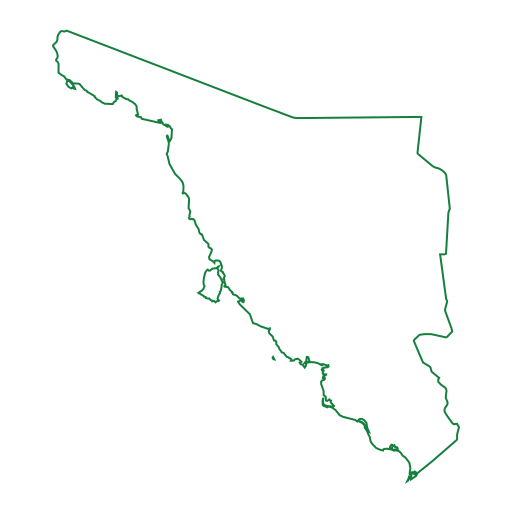 the State of Sonora
{"feature_id": "MEX-2712", "entity_name": "Sonora", "entity_type": "State", "adm_level": 1, "iso_a3": "MEX", "parent_name": "Mexico", "parent_adm1": "", "projection": "albers", "projection_center": [-111.078, 29.368], "detail": "fine", "context": "isolated", "style": "outline", "palette": "green", "viewbox_px": 512, "rotation_deg": 0, "n_neighbors": 0, "source": "natural_earth", "source_scale": "10m", "svg_char_len": 6031}
<svg xmlns="http://www.w3.org/2000/svg" viewBox="0 0 512 512"><path d="M66.8,30.7L266.5,107.5L293.3,117.6L297.0,118.1L421.4,116.9L417.5,152.7L417.7,153.7L432.7,166.2L434.9,167.4L439.2,168.6L442.3,170.5L445.1,173.0L446.2,175.2L449.8,208.6L448.4,212.6L446.0,253.8L444.5,254.3L440.1,254.4L446.1,298.6L447.2,301.4L445.1,309.2L445.2,311.1L451.6,328.6L452.2,331.5L447.0,337.0L446.1,337.4L430.9,334.1L425.0,334.1L420.1,334.7L419.0,335.3L415.6,338.5L414.4,339.6L413.8,340.9L423.0,362.5L429.8,366.6L430.6,367.7L431.3,370.9L432.2,372.2L439.2,377.9L438.2,379.7L438.2,381.7L441.0,384.7L445.2,387.6L445.9,388.5L446.5,390.9L445.7,397.9L447.3,401.4L447.6,403.6L447.0,405.1L444.9,408.1L444.5,409.9L444.6,411.5L446.2,414.5L452.1,422.8L453.6,424.2L457.0,423.8L459.0,427.2L457.1,434.4L457.1,439.0L456.7,440.0L431.8,461.6L417.5,473.1L416.9,474.3L415.7,472.1L414.0,471.1L414.9,472.5L412.2,472.1L410.4,474.2L409.8,474.3L409.6,473.2L410.4,468.2L409.3,462.6L405.4,457.6L402.6,455.6L400.7,452.7L398.7,451.0L395.0,450.2L394.5,449.6L395.2,449.4L398.0,450.3L397.7,449.0L397.2,448.7L397.5,448.1L397.1,447.3L395.1,447.1L394.4,445.3L393.0,446.3L392.6,445.0L391.5,444.7L390.2,446.4L390.0,447.2L392.0,447.8L392.2,448.3L391.9,449.2L393.9,450.1L393.8,450.6L391.5,449.5L386.7,448.7L384.0,449.0L383.1,449.7L383.0,450.4L381.0,450.1L376.3,448.1L372.2,443.9L370.6,441.4L369.6,436.5L368.6,435.0L367.4,431.7L364.7,427.5L365.0,426.7L367.4,430.5L368.8,431.5L367.1,427.5L366.5,423.0L364.3,420.2L362.3,419.1L360.1,418.8L358.8,419.6L357.3,421.5L355.4,420.0L342.9,416.8L339.7,415.2L335.5,410.0L332.6,407.9L331.6,407.3L329.3,406.7L327.9,406.8L327.8,406.1L333.2,406.6L334.0,405.9L331.1,402.8L330.6,401.9L331.0,400.6L330.1,400.3L329.3,399.4L327.4,400.9L326.0,400.6L325.6,396.5L323.7,395.4L323.6,391.0L321.2,384.1L321.1,381.7L321.8,380.6L324.2,379.8L324.9,378.8L324.7,377.7L324.0,377.5L323.1,378.0L322.6,378.8L323.2,376.5L323.5,375.9L325.8,375.2L326.1,374.4L324.0,374.3L322.9,373.8L322.7,372.7L323.5,371.0L322.6,370.9L322.0,370.3L321.8,369.5L322.2,368.6L323.0,369.4L323.3,369.1L323.6,367.7L327.8,367.2L328.6,366.5L328.3,365.1L327.0,365.6L323.3,364.1L321.8,364.2L322.5,365.0L322.2,365.3L321.3,365.1L318.3,363.3L313.8,362.2L309.4,362.2L307.0,362.8L307.0,362.2L309.6,361.3L308.9,359.7L308.4,357.3L307.7,356.9L306.9,356.9L306.6,357.6L306.3,360.8L304.4,363.3L305.4,363.1L305.9,363.4L306.1,364.0L305.9,365.9L304.7,367.6L302.7,364.7L300.9,364.3L299.7,362.8L301.4,361.8L299.0,359.5L297.6,358.7L295.0,359.3L293.8,360.6L290.9,360.7L291.5,359.6L290.9,358.8L290.0,358.3L289.4,358.3L288.5,357.3L286.7,356.8L283.6,352.9L281.7,352.4L280.9,350.9L279.7,349.6L278.6,346.9L276.5,344.6L276.1,341.4L275.5,340.7L274.0,340.5L272.7,336.5L269.9,334.0L269.1,332.8L268.7,331.2L269.7,329.7L269.9,328.4L267.7,328.8L260.6,326.3L256.7,324.2L253.0,323.1L249.8,314.2L239.8,304.4L238.0,301.8L238.3,301.3L239.0,301.3L241.5,300.1L242.6,302.1L243.2,302.3L243.5,302.1L243.9,300.6L243.1,298.5L239.6,298.6L236.9,295.7L233.0,294.3L232.7,292.9L231.8,292.5L232.0,291.8L229.7,289.8L228.3,287.3L224.5,286.6L224.3,286.2L225.5,285.2L224.3,280.9L224.2,279.2L223.4,278.9L224.7,276.4L224.7,275.7L224.0,274.2L222.9,273.0L223.1,272.3L220.9,270.8L221.8,267.9L221.9,266.2L220.2,261.7L218.7,260.6L215.6,260.5L214.6,261.2L214.4,262.9L212.9,261.3L209.6,259.4L209.0,257.2L211.7,251.0L211.8,249.4L211.2,248.5L209.9,248.1L208.5,246.9L208.4,243.9L203.9,239.9L202.1,234.8L201.6,234.1L200.6,234.2L199.4,232.6L198.5,228.8L195.9,224.9L194.7,220.7L194.0,219.7L193.0,219.0L192.5,219.3L191.6,218.8L190.3,219.3L189.3,218.7L189.0,217.7L189.7,216.5L189.4,215.2L190.3,211.4L188.6,208.1L189.1,199.0L188.5,197.2L185.8,193.7L184.5,193.0L183.5,192.8L182.9,193.4L182.6,193.0L183.3,191.6L183.5,186.4L183.0,183.5L182.1,181.5L179.4,178.2L175.1,174.0L169.5,164.0L167.6,156.1L166.7,153.8L167.8,151.6L168.8,144.3L168.7,141.9L166.9,136.8L166.9,135.8L167.4,135.6L167.8,136.3L169.3,140.9L169.7,141.2L171.4,138.3L172.0,129.3L170.8,128.2L169.5,126.0L167.9,124.9L166.2,124.7L166.3,125.4L167.9,126.3L167.7,126.8L163.1,124.2L162.4,122.6L161.6,121.7L160.9,119.7L158.3,120.3L159.0,121.5L161.1,122.8L160.4,123.0L141.7,118.8L141.1,117.3L137.2,116.5L136.0,115.3L136.4,114.9L137.5,115.2L138.1,114.6L136.6,108.7L136.7,106.5L135.2,104.2L132.0,101.7L129.3,100.4L128.3,99.3L126.5,99.2L122.2,96.8L121.7,95.5L118.3,96.4L117.2,95.3L117.0,92.5L116.1,91.9L115.8,97.4L116.2,97.9L117.0,97.9L117.6,98.7L116.8,99.1L115.8,100.3L115.6,101.2L114.2,101.7L112.7,104.1L104.8,103.7L101.8,102.3L100.4,101.0L97.0,99.3L94.8,97.1L94.7,96.2L88.4,92.4L87.5,92.2L86.7,90.8L84.7,90.0L79.4,83.9L78.2,83.6L73.2,83.4L69.6,80.1L66.2,79.3L64.0,76.2L62.0,75.3L58.5,72.7L58.6,63.9L57.8,62.1L56.2,60.8L56.1,59.7L57.5,57.5L57.7,56.0L57.2,53.2L56.2,50.9L53.0,46.1L53.2,45.1L56.7,41.7L57.3,40.1L57.6,36.4L58.2,34.8L60.3,31.7L61.6,31.1L64.7,31.5L66.8,30.7ZM217.6,300.8L215.4,302.3L214.4,301.1L213.2,301.0L212.3,301.4L211.9,300.4L210.9,300.3L209.0,298.4L208.2,298.6L205.7,298.0L205.6,297.0L204.0,296.7L203.8,296.0L200.6,294.2L199.7,293.4L199.0,293.4L198.4,292.9L202.0,290.5L203.4,288.9L204.6,286.1L203.7,284.7L203.5,281.7L203.8,278.6L205.1,273.0L206.1,271.1L207.7,269.6L208.7,270.6L210.0,270.6L212.5,268.6L216.4,268.2L217.8,266.9L218.6,266.5L217.5,268.1L217.8,269.2L218.6,270.4L218.0,272.4L218.3,273.3L218.0,274.4L220.3,277.4L222.8,282.7L221.6,285.2L221.5,287.5L220.6,291.1L219.7,292.1L220.0,293.1L219.0,294.5L217.6,298.1L217.8,299.6L218.5,299.9L219.0,300.7L218.4,301.1L217.6,300.8ZM67.3,80.5L69.1,81.0L71.8,83.5L74.2,86.6L75.1,88.9L73.6,88.5L72.7,87.3L71.3,88.4L68.5,86.8L66.4,83.8L67.3,80.5ZM411.1,479.3L411.4,474.2L411.9,473.6L413.2,473.5L415.3,474.4L415.8,476.1L411.1,479.3ZM322.7,404.8L322.6,400.2L323.4,397.7L323.0,400.5L323.3,403.8L324.5,405.1L327.4,406.1L327.1,407.2L323.7,405.9L322.7,404.8ZM358.4,421.1L360.1,421.3L362.2,422.3L363.9,423.6L365.2,425.8L364.7,425.8L363.3,423.8L361.8,422.7L358.4,421.1ZM407.2,481.3L408.6,478.4L409.1,476.5L409.5,476.6L409.8,477.5L409.1,479.0L407.7,481.0L407.2,481.3ZM273.4,359.2L272.6,357.6L273.1,356.9L274.4,359.4L273.4,359.2Z" fill="none" stroke="#15803d" stroke-width="2"/></svg>